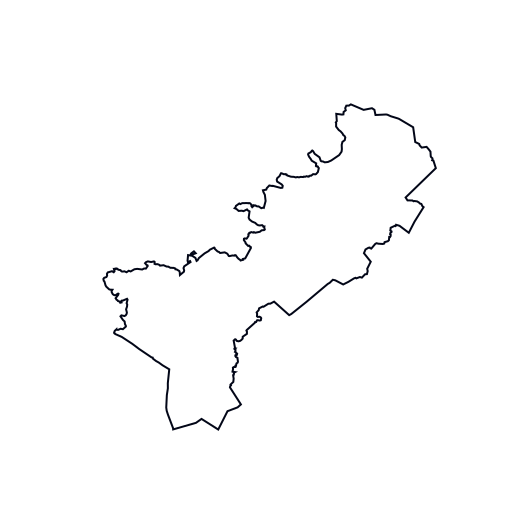 outline of Zvirgzdenes pag., Ciblas, Latvia, rotated 121°
{"feature_id": "27541924B83087939381555", "entity_name": "Zvirgzdenes pag.", "entity_type": "district", "adm_level": 2, "iso_a3": "LVA", "parent_name": "Latvia", "parent_adm1": "Ciblas", "projection": "orthographic", "projection_center": [27.712, 56.569], "detail": "fine", "context": "isolated", "style": "outline", "palette": "ink", "viewbox_px": 512, "rotation_deg": 121, "n_neighbors": 0, "source": "geoboundaries", "source_scale": "gbopen_adm2", "svg_char_len": 6119}
<svg xmlns="http://www.w3.org/2000/svg" viewBox="0 0 512 512"><g transform="rotate(121 256 256)"><path d="M76.3,178.2L64.7,187.6L64.8,203.9L65.0,205.2L66.8,212.5L67.2,216.1L67.7,217.4L73.6,226.2L69.7,229.8L69.6,232.7L75.3,239.0L77.2,252.8L79.2,253.8L80.6,256.0L83.3,255.7L84.9,254.1L87.4,255.1L89.6,254.0L90.5,255.1L92.8,260.4L98.8,256.2L100.4,256.4L100.9,255.7L103.8,254.0L105.4,249.9L105.6,247.7L106.5,244.8L107.3,243.7L107.5,242.0L108.4,240.5L111.0,239.6L113.7,240.7L116.6,239.8L120.2,237.4L122.5,236.4L126.7,236.7L135.4,240.7L138.4,242.8L140.3,245.3L140.5,247.3L141.1,248.6L141.1,249.5L138.7,252.4L138.2,258.3L136.7,261.1L136.6,262.1L136.9,262.3L138.8,262.5L141.2,263.9L142.2,263.6L143.6,261.6L144.8,258.7L145.6,257.4L145.6,252.1L148.0,251.0L148.1,250.5L147.6,250.2L147.5,249.0L148.1,248.3L148.3,247.4L152.2,246.2L154.8,246.7L155.4,247.1L156.4,249.2L158.8,250.1L159.2,251.0L160.7,251.6L160.6,252.0L161.3,252.6L161.5,253.7L162.9,254.8L163.2,255.8L164.0,256.2L165.2,258.5L166.4,259.6L167.1,261.4L168.1,262.3L168.7,264.4L170.0,266.8L170.9,270.7L170.8,271.4L170.5,271.6L170.8,272.3L170.5,272.7L171.6,274.3L171.9,276.7L172.2,277.2L175.5,277.0L178.3,277.9L180.0,277.5L181.3,276.2L181.4,271.0L181.6,270.3L182.1,269.2L183.9,268.6L184.9,269.8L187.2,277.8L187.6,278.0L188.7,280.9L192.2,281.7L193.8,281.4L196.1,283.9L197.4,282.5L199.0,279.9L203.9,276.1L210.7,274.1L210.8,274.7L212.3,276.1L212.1,279.3L212.6,280.0L213.1,281.4L212.9,281.8L213.1,283.0L213.6,283.3L213.8,284.3L214.8,284.0L216.1,284.4L215.6,285.6L214.4,286.4L213.9,288.1L214.2,289.3L214.7,289.6L215.2,290.9L217.8,295.0L219.6,296.2L219.6,297.4L223.4,299.0L225.0,298.6L226.0,298.9L225.8,296.8L226.3,294.1L224.5,291.5L224.0,289.8L220.7,287.7L221.1,286.7L221.1,284.5L227.0,282.0L228.1,280.3L228.5,277.1L228.0,273.7L228.5,271.7L228.5,270.0L227.9,268.5L226.4,266.6L226.5,265.7L227.1,264.8L226.4,264.0L227.3,263.6L228.8,262.1L229.6,262.4L231.1,264.4L233.3,265.2L236.5,268.7L236.6,270.1L237.4,270.4L237.9,272.3L239.5,273.6L239.9,273.2L241.3,273.8L242.5,272.8L245.7,272.9L246.1,273.1L246.7,274.7L247.4,275.2L248.6,274.6L249.8,271.9L250.5,271.4L251.4,267.9L250.7,267.3L250.7,266.8L251.2,266.1L251.0,265.1L251.7,264.5L263.6,264.0L265.3,265.7L265.9,265.1L267.8,266.9L267.5,267.6L267.4,269.5L266.9,271.2L265.8,273.8L266.1,274.5L266.8,274.7L267.7,276.5L269.7,278.6L270.0,279.4L269.0,281.3L268.8,282.3L269.0,284.7L271.9,288.3L271.6,289.8L271.9,291.3L271.1,295.0L270.3,295.8L270.3,296.2L274.4,298.8L276.2,299.2L280.2,301.4L287.1,303.9L289.8,303.9L290.8,304.4L288.8,307.0L288.7,311.1L287.3,311.1L284.7,309.1L284.0,311.6L286.9,312.8L287.9,312.9L289.3,312.3L290.2,314.7L295.2,312.3L296.3,311.2L294.3,309.9L294.9,309.0L301.8,312.2L303.7,311.9L305.3,310.2L306.6,309.7L311.5,311.4L309.2,313.0L308.4,314.0L308.4,317.1L308.9,318.2L308.3,318.8L308.6,320.5L310.2,323.3L310.3,325.8L311.1,327.2L311.5,330.5L313.7,333.3L313.4,334.0L313.5,335.2L313.8,336.4L314.8,337.8L315.0,338.9L313.3,339.8L313.2,340.7L315.2,342.8L316.3,345.9L317.9,347.1L319.3,347.4L320.0,345.3L319.9,344.1L320.3,343.7L323.5,343.9L324.4,345.5L326.2,346.6L328.2,351.2L330.0,353.4L333.8,355.5L334.2,357.5L336.6,358.6L336.9,360.9L337.9,362.1L338.4,363.1L338.2,364.4L337.9,364.9L338.7,367.0L338.3,368.2L338.6,369.2L338.9,369.1L339.3,370.0L339.7,369.8L340.3,371.1L342.0,369.4L343.2,369.6L343.2,371.6L346.4,374.6L348.0,374.6L349.5,373.5L351.1,373.4L352.9,374.9L354.3,375.0L355.7,373.7L355.9,372.8L358.7,369.8L359.4,368.5L360.2,364.7L360.0,363.8L358.9,361.7L360.4,361.7L361.3,361.1L362.5,359.1L362.6,357.8L362.4,356.9L361.8,356.1L359.7,355.2L359.2,354.8L359.2,354.4L360.4,354.1L364.5,354.6L365.3,353.0L365.3,351.8L365.7,351.1L365.3,349.4L366.0,348.3L365.0,347.3L363.9,348.2L363.4,348.1L362.7,347.1L359.1,344.5L359.6,343.6L363.1,342.6L363.9,341.4L365.8,340.5L368.6,339.9L370.9,337.6L372.2,337.1L373.9,337.1L375.2,337.8L376.2,340.8L377.5,341.1L379.3,337.2L379.8,334.9L381.9,333.2L382.7,331.8L383.5,331.2L387.3,332.4L388.1,334.6L390.3,336.1L391.1,337.7L390.8,337.9L392.9,338.5L394.7,338.2L395.2,337.7L395.1,336.9L395.4,336.5L394.5,329.4L395.0,316.8L395.9,308.3L396.7,293.2L396.3,292.2L397.1,291.3L397.5,287.5L397.4,284.5L397.8,279.8L397.8,272.0L410.4,266.1L414.8,263.4L421.1,260.8L432.1,254.9L434.7,252.8L437.3,249.8L446.3,238.4L447.3,237.7L429.9,221.5L423.7,218.8L424.2,199.0L403.7,200.5L395.2,193.8L391.0,192.5L382.0,210.7L380.8,211.1L379.8,210.8L379.3,211.6L375.6,210.6L372.6,212.0L370.1,214.1L369.9,213.8L368.3,214.2L367.6,215.0L366.3,214.2L367.2,216.6L364.8,217.4L363.6,218.3L362.8,218.0L361.7,216.5L360.7,217.1L360.4,216.6L358.2,217.4L356.8,216.8L355.8,217.1L352.8,219.5L352.9,221.2L352.3,222.3L351.6,222.5L350.9,221.5L349.5,221.8L349.3,222.5L349.6,222.8L349.0,223.6L349.0,224.6L348.2,224.6L346.8,225.4L347.0,226.2L346.8,226.6L345.8,226.2L346.0,226.8L345.3,226.9L340.0,231.6L338.1,231.0L338.0,230.1L338.7,228.9L338.2,227.2L337.1,226.0L335.6,225.3L333.7,224.9L332.0,225.8L327.4,223.7L325.5,224.8L324.9,225.8L324.2,225.8L313.8,222.6L313.2,222.8L312.5,221.9L310.6,222.0L310.1,221.4L309.4,219.5L308.6,218.8L306.6,219.5L306.2,220.2L306.2,221.6L307.3,223.1L307.2,224.1L304.9,225.3L304.0,226.4L301.0,225.8L299.3,226.4L295.8,224.2L295.6,223.4L290.5,220.8L289.5,219.2L285.8,217.0L289.6,197.1L287.6,195.9L269.0,189.0L243.0,180.1L241.0,179.0L236.8,177.9L236.0,175.5L235.5,166.6L230.6,163.5L224.6,160.4L223.4,159.4L223.5,158.5L220.5,156.1L220.0,154.1L215.5,153.1L214.4,151.6L211.4,152.5L209.7,154.1L201.8,154.7L198.0,164.9L194.0,165.5L191.1,163.9L190.2,162.9L190.5,162.1L190.3,161.0L184.2,160.0L183.0,159.3L182.4,157.4L180.4,153.5L179.3,152.5L177.9,152.9L175.4,150.6L174.0,150.2L171.1,151.6L170.8,150.9L169.5,150.9L168.3,151.6L168.3,152.2L167.2,152.7L165.7,152.2L165.1,152.5L165.0,154.0L162.4,155.1L158.4,152.4L158.5,151.8L158.3,151.7L157.1,152.0L156.5,149.8L156.2,148.5L157.4,137.0L144.9,137.8L127.8,137.5L127.6,139.0L126.2,141.1L126.6,142.5L126.2,143.9L126.2,146.0L127.3,148.6L127.9,149.1L127.9,150.6L130.3,154.8L128.8,157.9L88.1,147.1L82.9,153.0L83.2,154.3L82.1,154.5L81.4,155.1L81.0,156.9L80.5,157.6L76.7,160.2L75.6,162.9L74.6,166.0L77.7,169.8L76.9,172.7L75.9,173.8L76.3,178.2Z" fill="none" stroke="#020617" stroke-width="2"/></g></svg>